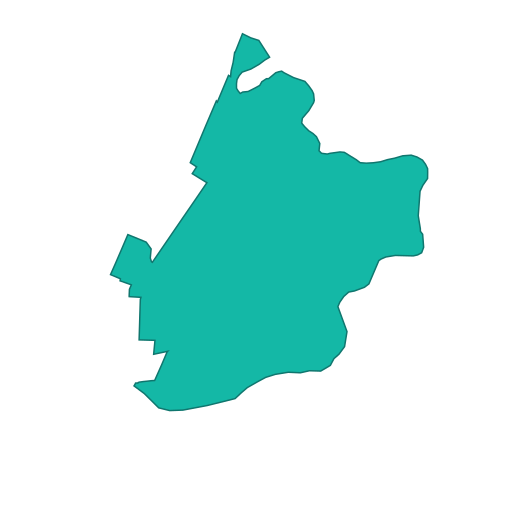 Roman, Neamt, Romania (orthographic projection), rotated 304°
{"feature_id": "2599482B34614164873345", "entity_name": "Roman", "entity_type": "district", "adm_level": 2, "iso_a3": "ROU", "parent_name": "Romania", "parent_adm1": "Neamt", "projection": "orthographic", "projection_center": [26.954, 46.936], "detail": "fine", "context": "isolated", "style": "filled", "palette": "teal", "viewbox_px": 512, "rotation_deg": 304, "n_neighbors": 0, "source": "geoboundaries", "source_scale": "gbopen_adm2", "svg_char_len": 2182}
<svg xmlns="http://www.w3.org/2000/svg" viewBox="0 0 512 512"><g transform="rotate(304 256 256)"><path d="M423.6,176.5L423.6,173.9L421.3,171.7L419.0,169.9L410.1,167.3L408.8,165.5L403.7,163.4L399.5,163.7L395.2,161.5L391.2,159.3L388.0,157.5L384.5,153.3L381.9,152.0L382.9,148.7L384.1,146.1L387.9,143.5L391.6,141.6L396.2,141.2L400.7,141.7L408.1,147.2L416.9,151.5L423.3,153.7L428.4,156.1L436.3,137.8L433.9,129.5L432.7,120.5L413.1,124.8L412.9,124.4L403.7,128.8L395.6,131.8L390.5,134.6L390.4,132.2L361.9,137.9L362.4,136.4L336.4,141.4L296.6,149.3L296.7,156.9L288.6,157.1L289.3,174.3L268.2,174.2L247.5,174.0L192.8,173.6L192.8,172.5L195.2,169.5L203.2,165.1L206.1,157.2L202.1,137.8L189.6,140.2L171.0,143.7L159.2,145.8L161.3,156.3L160.1,156.9L159.4,157.2L162.4,168.7L162.4,168.8L158.0,169.6L157.6,169.7L151.6,173.4L151.4,173.6L157.4,183.7L155.3,184.4L121.1,206.0L129.6,219.4L117.3,226.1L127.5,236.0L127.0,235.9L114.2,238.4L112.6,238.7L96.1,241.6L94.2,239.1L92.5,237.1L91.3,235.7L88.9,232.8L86.1,229.7L85.1,229.0L84.5,229.1L84.0,228.2L83.5,227.4L83.3,227.2L82.2,227.4L80.1,227.5L79.5,240.3L75.7,260.3L79.6,270.9L87.4,281.6L104.8,299.2L126.1,318.4L134.4,320.3L142.1,322.4L152.8,327.7L160.8,331.9L168.7,338.2L177.7,347.8L184.0,358.1L190.8,364.5L196.8,374.0L206.9,378.8L214.5,378.0L220.9,379.7L230.4,380.1L244.2,373.7L259.8,352.2L264.6,351.3L271.5,351.4L277.9,353.0L282.1,357.2L290.7,363.4L296.0,365.2L320.9,360.4L323.6,361.5L327.8,364.2L334.4,371.2L344.1,386.4L347.3,389.4L351.3,391.5L357.0,390.1L367.2,382.0L367.5,381.1L368.1,379.4L368.4,378.5L370.5,377.0L380.1,368.0L401.4,355.8L407.9,354.8L416.2,354.9L421.4,351.5L424.4,349.4L426.8,345.3L428.6,340.4L428.1,334.1L426.4,328.3L421.1,321.6L414.6,316.2L409.5,311.2L403.8,306.6L398.8,301.0L394.7,295.6L391.6,290.2L391.9,285.2L391.8,283.0L391.7,280.1L391.6,279.1L391.6,278.1L391.6,277.4L391.5,276.7L391.5,274.5L391.3,271.2L389.2,267.4L382.4,259.8L380.4,258.1L377.8,252.9L378.5,249.4L384.9,246.0L388.7,239.4L389.4,234.7L389.3,229.7L390.4,224.0L391.7,219.6L396.1,217.4L406.1,218.5L415.3,218.0L417.5,217.3L422.6,213.1L424.5,210.0L426.6,204.4L428.1,198.9L424.9,187.4L423.6,176.9L423.6,176.5Z" fill="#14b8a6" stroke="#0f766e" stroke-width="1.5"/></g></svg>